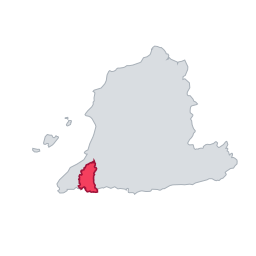 Lérida highlighted on a map of Spain, rotated 166°
{"feature_id": "ESP-5831", "entity_name": "Lérida", "entity_type": "Autonomous Community", "adm_level": 1, "iso_a3": "ESP", "parent_name": "Spain", "parent_adm1": "", "projection": "mercator", "projection_center": [0.993, 42.04], "detail": "fine", "context": "in_parent", "style": "filled", "palette": "rose", "viewbox_px": 256, "rotation_deg": 166, "n_neighbors": 0, "source": "natural_earth", "source_scale": "10m", "svg_char_len": 6843}
<svg xmlns="http://www.w3.org/2000/svg" viewBox="0 0 256 256"><g transform="rotate(166 128 128)"><path d="M137.6,62.1L137.6,62.8L138.8,64.1L142.3,64.9L143.2,65.4L143.0,67.3L142.2,68.8L142.9,69.5L143.7,69.5L144.8,68.2L145.0,69.0L146.6,69.8L150.1,71.2L152.5,71.4L155.1,74.2L159.2,73.6L163.0,76.3L166.5,75.7L167.2,76.3L172.7,76.3L173.0,74.1L173.6,73.3L183.0,76.3L184.2,78.2L184.0,79.1L184.5,81.3L185.7,81.2L188.2,80.0L191.4,81.5L192.2,82.8L192.9,82.9L195.3,81.6L201.9,83.2L202.1,82.1L202.6,81.8L205.3,80.9L206.5,80.7L209.9,81.4L210.4,82.6L211.0,83.1L211.3,84.2L209.3,84.8L209.1,86.6L210.3,88.2L210.5,90.9L207.0,94.3L196.9,100.1L193.6,103.6L186.2,105.3L178.5,107.9L173.9,112.5L175.0,112.8L176.4,114.4L176.0,115.1L174.0,116.1L172.2,116.4L168.8,122.1L164.2,127.8L162.5,130.4L158.8,137.1L158.8,139.0L160.6,145.6L161.6,147.4L163.1,148.8L165.8,150.1L166.5,151.3L165.5,152.4L162.8,154.5L158.0,157.3L156.0,159.4L155.6,161.5L154.2,162.5L153.7,165.4L151.8,169.5L151.7,170.6L153.1,172.0L151.7,172.9L144.4,173.3L139.8,176.5L137.6,179.3L135.5,184.5L133.0,187.5L131.9,188.1L130.2,186.7L128.1,186.5L126.0,187.0L125.0,188.0L123.3,188.6L121.6,188.1L118.0,187.8L116.5,187.9L114.0,188.8L111.8,188.2L108.2,187.9L100.5,188.6L99.5,188.9L96.0,192.4L92.2,192.5L88.8,193.9L86.5,197.2L86.1,199.0L85.4,198.6L84.9,198.8L84.6,200.1L82.3,201.0L79.6,199.9L77.4,198.2L76.3,198.1L74.4,195.5L73.6,193.8L73.0,192.0L73.0,190.8L71.3,190.0L70.9,188.4L72.1,186.2L73.7,185.0L72.2,185.1L71.1,186.5L69.7,184.3L64.1,180.0L64.4,178.4L63.4,179.6L62.8,179.9L59.9,179.7L56.5,180.2L55.1,172.9L56.0,170.2L59.7,165.2L62.1,164.5L63.0,161.8L60.9,162.0L57.5,156.9L58.3,152.1L61.7,148.5L62.3,147.1L62.4,145.8L61.8,144.8L59.9,144.3L58.0,140.5L57.6,138.1L56.0,136.8L54.7,134.5L55.9,134.1L60.7,134.1L61.9,133.5L62.8,131.9L63.7,129.3L63.9,127.7L62.0,125.4L61.9,124.9L62.2,124.2L65.2,121.6L64.5,119.7L65.0,115.7L64.8,113.3L64.5,111.4L63.4,108.9L64.1,107.9L65.7,107.0L66.9,105.0L68.7,103.3L71.0,101.9L73.8,98.9L73.3,97.5L72.4,96.7L69.0,96.1L68.8,95.5L68.8,92.2L67.9,90.9L66.7,91.1L64.8,90.5L64.4,90.9L62.0,90.8L60.3,90.2L59.6,90.7L59.4,91.8L56.6,93.0L55.0,93.0L52.4,92.0L49.5,92.3L49.1,92.1L46.6,93.4L45.8,93.4L44.7,91.8L46.1,89.4L44.9,87.2L44.1,87.1L39.4,88.8L36.7,90.9L35.6,91.2L35.3,90.8L35.1,87.8L38.0,84.5L36.2,84.2L36.3,83.3L37.4,81.8L36.2,80.6L36.2,77.3L33.7,78.4L33.0,78.2L33.0,76.9L34.6,74.2L32.9,73.9L31.7,72.9L30.1,70.7L30.1,69.5L30.9,66.8L33.2,65.5L35.3,63.6L38.3,63.9L42.8,62.3L44.4,61.5L44.3,60.3L43.8,59.5L44.3,58.7L47.9,56.4L50.1,56.2L52.3,55.0L53.8,55.7L55.1,55.5L56.6,56.4L58.6,58.4L61.5,59.2L63.8,58.6L75.7,58.4L79.1,57.4L81.7,58.6L86.7,59.2L89.8,60.2L98.2,62.0L101.2,62.0L107.4,60.3L109.0,60.7L111.5,59.9L112.6,60.1L114.2,61.2L119.5,62.8L121.0,61.5L122.0,61.2L125.9,62.0L129.8,63.7L131.8,63.8L134.8,63.4L137.6,62.1ZM209.0,132.0L210.4,132.7L211.8,132.1L212.6,132.3L213.4,132.6L213.6,133.8L210.4,139.6L207.9,141.2L205.4,139.9L204.0,139.6L203.6,139.2L203.2,137.3L202.6,136.7L201.6,136.4L199.7,137.9L199.1,136.9L198.1,136.7L197.8,136.1L197.8,135.4L203.8,130.8L205.5,129.8L209.2,128.6L209.7,128.8L209.3,129.5L209.8,130.2L209.0,132.0ZM225.9,129.6L225.3,131.3L220.9,129.1L219.4,128.9L219.1,128.5L219.2,126.9L222.2,126.7L224.6,127.5L225.9,129.6ZM184.4,148.3L183.9,149.5L181.7,149.1L181.2,148.6L181.7,147.3L182.3,147.2L182.4,146.2L183.0,145.3L186.1,144.6L186.9,145.2L187.0,146.1L185.1,148.1L184.4,148.3ZM186.6,152.9L186.2,153.1L183.9,152.9L183.8,152.2L184.3,151.1L185.2,152.2L186.6,152.4L186.6,152.9Z" fill="#d9dde1" stroke="#a8b0b8" stroke-width="1"/><path d="M173.8,73.2L174.0,73.3L174.5,73.5L174.8,73.5L175.0,73.5L175.3,73.5L175.9,73.9L176.3,74.1L176.5,74.2L176.7,74.4L176.9,74.5L177.0,74.4L177.3,74.2L177.4,74.3L177.6,74.5L179.0,74.6L179.3,74.7L179.5,74.9L179.7,75.2L179.8,75.5L179.9,75.8L180.2,76.0L180.3,76.0L180.8,75.8L182.6,75.9L182.9,75.9L182.9,76.2L183.0,76.3L183.5,76.8L183.7,77.2L184.0,77.9L184.2,78.2L184.1,78.3L184.0,78.5L184.2,78.8L183.9,79.2L183.9,79.5L184.2,79.4L184.4,79.6L184.5,80.0L184.2,80.2L183.9,80.3L184.3,81.0L184.5,81.3L185.3,81.4L185.5,81.4L185.7,81.2L185.8,81.1L186.3,81.0L186.8,80.9L187.2,80.7L187.4,80.2L187.5,80.1L187.9,80.2L188.1,80.1L188.3,80.0L188.3,80.5L188.4,80.8L188.5,81.1L188.7,81.3L189.7,81.6L189.7,82.3L189.8,82.5L190.0,82.8L190.1,83.0L190.1,83.3L190.2,83.8L188.3,84.2L187.9,84.7L187.9,84.8L188.0,85.7L188.0,85.8L188.6,86.1L188.7,86.3L188.6,86.5L188.5,86.8L188.3,86.9L188.3,87.0L188.2,87.1L188.2,87.3L188.3,87.8L188.2,88.0L188.0,88.3L188.0,88.6L188.0,88.8L187.9,89.0L187.5,89.4L187.5,89.6L187.6,89.8L188.0,89.7L188.3,89.9L188.3,90.0L188.2,90.3L187.6,90.4L187.4,90.4L187.3,90.5L187.3,91.2L186.9,91.8L186.9,92.0L187.1,92.7L187.2,92.9L187.1,93.1L186.1,94.3L185.8,94.4L185.5,94.1L185.4,94.0L185.0,94.1L184.8,94.1L184.6,93.7L184.4,93.6L184.2,93.7L183.9,93.9L183.9,94.0L183.9,95.5L184.3,96.7L184.3,96.8L183.6,97.0L183.4,97.2L183.3,97.5L183.6,97.5L183.9,97.7L183.7,98.0L183.4,98.2L181.0,98.1L180.9,98.1L180.6,98.6L180.4,99.1L180.5,99.6L180.4,99.7L180.3,99.9L179.9,100.0L179.7,100.0L179.0,99.8L178.9,99.9L178.9,100.0L178.9,100.3L178.6,100.9L178.3,101.3L177.8,101.4L177.7,101.6L177.5,102.1L177.4,102.3L176.2,102.5L175.7,102.2L175.5,102.3L175.4,102.3L175.4,102.5L175.2,102.7L174.5,102.7L174.2,103.0L172.5,103.4L172.2,103.3L171.8,102.9L171.7,102.9L171.5,103.0L171.3,103.3L171.2,103.5L170.9,103.6L170.6,103.3L170.4,102.8L170.3,102.7L170.1,102.7L169.9,102.9L169.8,103.8L169.1,103.7L168.8,104.6L168.7,104.2L168.6,103.7L169.0,102.9L168.9,102.6L168.8,102.3L168.6,102.1L168.4,102.0L168.2,101.6L168.4,101.3L168.6,100.8L168.6,100.4L168.6,100.0L168.6,99.9L168.8,99.8L169.2,99.6L169.3,99.6L169.4,99.4L169.5,99.2L169.8,98.8L169.9,98.7L169.9,98.4L169.8,98.1L169.7,98.0L169.8,97.8L169.7,97.7L169.4,97.6L168.8,97.6L168.7,97.5L168.6,97.4L168.5,96.8L168.3,96.4L168.3,96.2L168.5,95.7L168.8,95.4L169.0,95.1L169.2,94.9L169.3,94.8L169.4,94.7L169.5,94.5L170.1,94.4L170.3,94.3L170.4,94.1L170.5,93.8L170.7,93.5L170.8,93.4L171.0,93.3L171.3,93.3L171.4,93.2L171.5,93.0L171.6,92.8L171.8,92.7L172.0,92.5L172.1,92.4L172.2,92.2L172.1,91.6L172.1,91.4L171.9,91.3L171.7,91.1L171.8,90.9L171.9,90.7L172.0,90.6L172.3,90.5L172.4,90.4L172.5,90.2L172.8,89.9L173.0,89.8L173.0,89.5L173.0,89.4L173.2,88.8L173.4,88.0L173.4,87.9L173.6,87.8L173.6,87.7L173.7,87.0L173.8,86.8L173.7,86.6L173.7,86.3L173.8,86.1L173.9,85.4L174.0,85.3L174.0,85.2L174.3,84.7L174.3,84.2L174.3,83.9L174.4,83.6L174.4,83.4L174.4,83.0L174.3,82.2L174.2,81.7L174.0,81.3L173.9,81.2L173.8,80.8L173.8,80.6L173.7,80.5L173.7,80.3L173.7,80.2L173.8,80.1L174.0,80.1L174.1,79.9L174.1,79.7L174.2,79.4L174.3,79.3L174.3,79.1L174.5,78.9L174.5,78.7L174.6,78.3L174.6,78.2L174.6,77.9L174.4,77.8L174.1,77.7L173.9,77.6L173.8,77.4L173.6,76.9L173.3,76.3L173.1,76.2L173.2,75.8L173.1,75.5L172.9,75.3L172.7,75.2L172.8,75.0L172.9,74.9L172.8,74.6L173.0,74.1L173.0,73.7L173.0,73.4L173.4,73.3L173.8,73.2Z" fill="#f43f5e" stroke="#9f1239" stroke-width="1.5"/></g></svg>